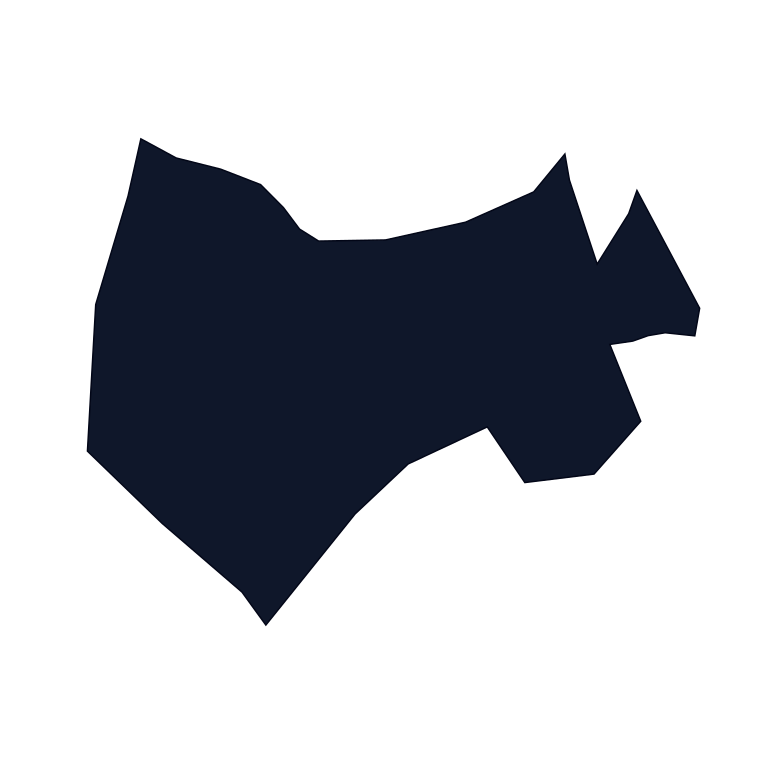 the state/province of Tarrafal, rotated 100°
{"feature_id": "CPV-5045", "entity_name": "Tarrafal", "entity_type": "state/province", "adm_level": 1, "iso_a3": "CPV", "parent_name": "Cabo Verde", "parent_adm1": "", "projection": "albers", "projection_center": [-23.738, 15.256], "detail": "fine", "context": "isolated", "style": "filled", "palette": "ink", "viewbox_px": 768, "rotation_deg": 100, "n_neighbors": 0, "source": "natural_earth", "source_scale": "10m", "svg_char_len": 577}
<svg xmlns="http://www.w3.org/2000/svg" viewBox="0 0 768 768"><g transform="rotate(100 384 384)"><path d="M184.8,666.0L197.5,627.9L200.8,582.1L209.1,540.1L227.8,513.6L246.1,494.1L254.6,473.2L241.9,407.6L210.5,331.8L168.8,269.9L126.1,245.8L151.0,236.8L228.9,194.9L173.8,172.6L149.5,168.5L254.6,86.3L282.6,86.3L284.7,116.0L290.5,132.3L298.5,146.4L305.8,168.5L376.1,124.7L436.2,161.5L456.6,228.2L408.3,274.9L458.5,346.3L517.0,389.9L641.9,458.5L613.6,487.7L559.9,578.1L501.6,664.4L355.8,681.7L243.4,668.7L184.8,666.0Z" fill="#0f172a" stroke="#020617" stroke-width="1.5"/></g></svg>